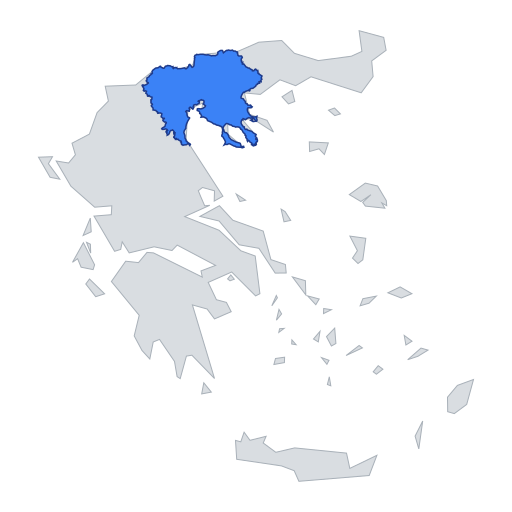 Kentrikis Makedonias, Kentriki Makedonia, Greece shown in context
{"feature_id": "26713481B13719921321351", "entity_name": "Kentrikis Makedonias", "entity_type": "district", "adm_level": 2, "iso_a3": "GRC", "parent_name": "Greece", "parent_adm1": "Kentriki Makedonia", "projection": "equal_earth", "projection_center": [23.125, 40.657], "detail": "fine", "context": "in_parent", "style": "filled", "palette": "blue", "viewbox_px": 512, "rotation_deg": 0, "n_neighbors": 0, "source": "geoboundaries", "source_scale": "gbopen_adm2", "svg_char_len": 9587}
<svg xmlns="http://www.w3.org/2000/svg" viewBox="0 0 512 512"><path d="M359.1,30.7L383.7,37.4L386.1,50.3L371.7,60.9L373.1,76.6L361.2,92.8L311.0,76.8L295.6,85.7L279.9,79.8L260.3,94.4L244.4,92.9L249.7,114.4L267.0,120.3L273.5,132.1L252.0,118.3L242.8,120.2L254.8,134.3L253.8,144.1L239.6,127.2L227.7,124.5L228.1,134.3L240.1,144.5L226.2,142.5L222.0,127.6L201.3,115.6L202.6,103.1L188.0,109.4L186.1,139.4L222.9,196.2L214.2,201.1L214.5,190.8L202.5,187.5L198.3,190.7L200.7,196.6L204.7,205.8L209.8,205.3L184.7,216.6L219.1,230.3L240.9,250.8L255.2,256.0L259.9,293.7L255.6,295.9L231.7,272.0L208.2,282.4L216.4,299.7L226.4,302.4L231.2,311.7L214.5,318.9L207.1,309.0L192.4,304.9L214.5,378.5L191.9,355.2L186.4,356.1L180.2,378.6L177.1,376.6L174.5,361.4L159.5,339.4L153.2,342.0L149.8,359.0L142.0,350.5L134.2,335.9L139.2,315.3L111.4,281.5L125.7,261.2L138.5,262.6L147.0,252.4L153.5,252.9L202.3,277.1L201.0,270.9L215.6,265.4L177.2,245.1L172.0,250.5L154.1,246.8L129.2,252.9L122.2,241.8L120.7,249.4L114.6,251.3L94.0,216.1L111.3,214.7L111.8,205.8L94.7,207.2L70.9,186.2L56.2,161.0L68.6,163.0L75.4,154.8L72.0,143.2L89.4,134.1L97.1,112.6L108.4,101.1L105.2,86.2L135.7,85.0L156.5,67.9L181.3,68.7L192.8,64.8L195.8,54.8L238.0,51.3L258.8,42.2L281.7,40.5L294.4,53.3L318.2,60.6L351.4,56.2L361.9,51.4L359.1,30.7ZM250.0,440.3L266.1,436.3L263.2,443.0L275.8,452.3L294.7,447.9L346.5,453.1L349.8,468.4L376.9,455.3L369.2,475.5L298.9,481.3L294.2,470.7L281.5,465.9L236.7,459.3L235.5,440.4L240.8,441.8L244.1,432.2L250.0,440.3ZM219.4,205.7L232.8,220.2L263.2,231.1L270.9,259.6L285.4,264.5L286.2,273.0L275.2,273.1L258.9,248.3L239.2,244.8L219.1,221.0L199.9,216.4L219.4,205.7ZM377.6,186.0L386.3,200.6L386.7,205.7L381.8,202.9L384.9,208.2L365.4,206.1L362.7,202.4L370.9,194.7L360.9,201.5L349.3,194.6L365.3,183.1L377.6,186.0ZM454.3,413.6L447.7,411.7L447.5,397.2L457.4,385.4L473.5,379.5L466.7,404.4L454.3,413.6ZM362.8,259.8L358.0,263.5L352.5,258.1L357.4,250.7L349.9,236.1L365.8,238.3L362.8,259.8ZM83.4,242.7L94.6,264.8L93.1,269.6L81.1,267.2L77.6,258.7L72.5,262.3L83.4,242.7ZM59.8,179.2L50.1,177.3L38.5,157.2L52.5,156.7L48.4,163.7L59.8,179.2ZM328.3,142.9L324.4,154.5L319.0,148.8L309.6,151.5L309.3,141.9L328.3,142.9ZM400.1,286.9L411.9,293.7L401.3,298.0L387.9,292.8L400.1,286.9ZM294.8,101.5L288.5,103.9L282.0,96.8L292.0,90.4L294.8,101.5ZM89.5,279.0L104.6,293.8L95.7,296.7L85.8,284.0L89.5,279.0ZM335.9,343.5L331.4,346.0L326.5,336.6L334.7,328.1L335.9,343.5ZM305.4,280.7L305.8,294.9L292.4,276.9L305.4,280.7ZM422.7,421.0L418.8,448.9L415.1,436.1L422.7,421.0ZM91.2,231.8L83.1,235.5L90.3,218.1L91.2,231.8ZM211.3,392.1L201.7,393.9L203.8,382.8L211.3,392.1ZM407.7,359.7L421.0,348.1L428.0,350.1L417.9,356.3L407.7,359.7ZM360.1,305.8L362.9,298.7L376.3,296.1L369.0,303.2L360.1,305.8ZM320.0,331.3L318.3,341.9L313.5,339.0L320.0,331.3ZM319.2,299.0L315.8,304.7L307.6,295.9L319.2,299.0ZM290.7,220.4L284.0,221.8L281.1,209.1L285.1,211.6L290.7,220.4ZM340.4,113.9L334.8,115.6L328.5,110.2L334.5,108.0L340.4,113.9ZM284.6,357.2L284.4,362.6L273.9,364.5L275.5,358.5L284.6,357.2ZM362.4,347.9L346.1,355.5L359.1,345.5L362.4,347.9ZM277.4,297.8L271.8,305.8L276.3,295.5L277.4,297.8ZM331.4,309.7L323.5,313.6L323.7,308.5L331.4,309.7ZM382.9,369.2L376.4,374.2L373.2,371.8L378.2,365.7L382.9,369.2ZM412.0,341.2L405.9,345.0L404.2,335.4L412.0,341.2ZM281.6,313.9L276.4,320.2L279.0,309.4L281.6,313.9ZM90.4,244.2L90.7,253.1L86.5,242.3L90.4,244.2ZM329.0,360.3L326.9,364.3L321.5,357.6L329.0,360.3ZM245.6,200.2L239.9,201.5L236.2,194.0L245.6,200.2ZM234.3,279.2L230.0,280.8L227.6,278.9L230.8,274.9L234.3,279.2ZM284.1,328.4L278.8,332.4L279.6,328.7L284.1,328.4ZM329.3,376.8L330.8,385.8L327.4,384.5L329.3,376.8ZM296.1,344.7L291.7,344.0L291.9,339.9L296.1,344.7Z" fill="#d9dde1" stroke="#a8b0b8" stroke-width="1"/><path d="M237.4,52.0L236.3,51.8L235.1,51.0L233.6,51.1L232.5,50.1L230.5,50.5L228.2,50.0L227.3,50.5L226.4,50.4L223.4,52.8L222.5,50.5L221.6,50.4L220.4,50.5L218.0,52.0L217.7,52.8L217.9,53.5L217.5,54.6L215.4,55.7L212.6,55.6L211.7,55.9L207.9,54.7L207.2,55.0L205.1,54.8L203.1,54.3L200.1,54.3L197.9,54.7L196.8,54.3L196.1,55.0L195.0,55.3L194.4,56.5L194.5,57.1L194.9,57.4L194.4,58.6L194.6,59.0L193.9,65.8L193.3,66.7L192.1,67.4L189.8,64.4L188.9,64.9L188.7,66.0L187.5,67.7L186.1,68.8L185.3,68.7L184.7,67.9L180.8,68.6L177.5,68.7L176.8,68.1L176.8,67.5L175.9,67.8L175.4,67.5L174.9,67.8L174.2,67.6L173.3,68.6L173.1,68.5L173.1,67.6L172.8,67.1L172.9,66.6L171.9,66.8L170.2,65.8L167.5,65.5L167.0,65.9L165.4,66.2L164.1,68.2L163.1,68.3L162.4,67.7L161.2,67.4L160.7,66.4L160.2,66.2L158.0,67.8L155.6,68.1L152.6,70.4L152.0,71.9L152.4,73.2L152.2,73.5L151.8,73.9L151.1,73.8L151.0,74.6L149.4,75.7L149.2,76.6L146.9,78.0L147.0,80.0L146.3,80.5L146.2,80.9L146.7,81.4L147.2,82.4L148.2,82.6L148.3,83.1L147.2,83.8L146.9,84.3L144.0,85.5L143.5,85.9L143.3,85.7L143.4,85.0L142.7,84.9L142.1,85.3L142.5,86.4L143.9,88.4L143.6,89.1L143.9,89.8L143.4,90.4L144.2,91.2L145.4,90.8L146.5,91.3L145.8,93.2L147.3,94.4L147.4,95.8L147.7,96.2L148.5,96.2L148.7,95.6L149.1,95.5L150.2,96.7L152.0,97.2L151.8,99.3L150.9,99.8L151.1,100.6L150.8,101.0L151.1,101.8L150.9,102.8L152.3,104.1L152.4,104.6L151.3,105.4L151.5,106.3L152.9,107.8L153.2,109.3L153.0,109.9L155.9,110.5L156.5,111.4L157.3,111.6L158.0,112.5L157.5,112.8L157.8,113.3L160.2,112.9L161.8,113.6L161.7,115.1L161.2,116.0L161.2,116.9L162.1,117.4L162.9,118.4L164.1,118.2L164.3,118.6L163.1,119.5L162.9,120.6L164.6,122.1L165.7,122.0L166.3,122.6L166.3,123.1L165.6,123.8L164.9,126.5L162.3,128.0L161.7,128.8L162.3,129.4L163.9,129.4L165.7,128.9L167.0,129.4L167.6,130.3L166.5,130.7L166.0,131.8L166.2,132.2L167.0,132.1L166.8,133.5L167.3,134.5L167.2,135.2L168.6,134.5L169.6,132.7L169.9,131.4L170.9,130.4L171.5,130.5L172.6,129.9L174.1,131.6L173.7,132.6L173.8,133.4L174.3,132.7L175.0,132.7L174.7,135.5L174.3,136.4L173.9,136.5L173.8,137.4L174.5,137.5L174.6,138.3L175.2,138.6L175.4,139.3L176.4,138.6L176.9,139.5L178.0,139.2L178.5,139.9L179.5,140.6L180.9,141.0L181.2,141.4L180.8,142.1L181.4,142.5L181.3,143.9L181.8,144.6L182.1,144.5L183.0,145.3L183.6,145.0L186.5,144.7L187.7,143.7L189.1,144.2L189.6,145.4L190.4,144.6L190.0,143.8L188.2,142.8L186.2,141.0L185.8,139.4L185.0,138.1L184.9,135.4L183.8,132.5L184.3,130.6L185.9,128.2L185.8,127.0L186.5,123.9L187.8,121.0L189.6,118.1L189.5,117.7L187.8,117.0L187.1,115.2L186.8,112.9L185.8,111.5L186.5,110.7L189.2,111.2L189.2,110.4L189.8,109.7L189.1,108.2L189.6,107.4L190.6,107.2L192.5,109.0L192.9,108.5L192.6,107.8L193.2,108.6L193.4,108.2L193.3,107.5L194.1,108.1L193.3,106.8L193.7,106.5L193.6,105.2L195.2,104.5L196.3,104.9L198.4,103.7L199.3,103.1L199.4,101.8L198.2,101.2L198.7,100.7L199.5,100.8L200.3,100.1L201.5,99.7L201.7,100.1L203.1,100.2L204.0,101.0L203.9,103.0L203.2,103.9L205.5,105.8L205.0,106.9L202.8,108.4L200.8,108.9L197.9,108.6L197.3,108.9L197.2,110.5L199.2,111.3L199.8,112.6L199.7,113.5L200.6,113.9L201.6,115.8L201.0,117.2L203.7,116.9L204.3,117.4L205.7,117.8L207.1,119.2L207.5,120.6L211.6,122.3L213.7,123.9L215.1,124.1L216.4,125.0L218.9,125.5L221.3,126.5L222.2,127.4L222.5,128.9L223.1,128.9L223.0,127.9L223.8,126.2L225.8,123.9L226.5,123.5L227.9,123.7L230.1,124.8L231.2,124.9L232.6,126.2L234.6,126.5L235.6,127.1L237.1,126.8L239.0,127.1L240.2,128.1L240.8,129.3L241.4,129.4L242.1,130.2L243.2,132.4L245.1,134.2L245.1,135.4L246.0,135.9L245.8,137.6L247.1,139.0L247.0,140.0L247.6,141.5L247.9,141.2L247.8,140.3L248.3,140.3L249.4,141.0L250.0,142.1L251.6,142.9L251.5,144.4L252.4,144.3L252.3,143.7L252.6,144.1L252.7,144.5L252.3,145.2L253.2,145.8L253.8,145.9L254.5,145.3L255.6,145.3L256.1,144.7L254.8,144.2L256.2,143.8L256.2,143.4L255.8,143.0L255.9,142.6L256.5,141.8L256.8,142.0L257.3,141.5L257.5,140.8L257.3,139.4L256.0,139.5L255.7,139.1L255.8,138.7L256.8,138.0L255.4,136.4L255.5,135.2L256.2,134.8L256.0,134.4L253.1,132.7L252.0,131.5L247.6,130.0L246.8,129.1L246.0,129.5L245.2,129.3L244.4,128.0L244.3,126.9L243.3,126.8L242.4,125.3L241.8,124.8L241.1,123.1L241.1,121.9L241.7,120.0L242.8,119.9L242.7,119.3L243.1,118.6L245.6,119.7L246.8,118.5L249.0,117.6L250.9,118.2L251.6,117.8L253.0,118.2L254.4,119.0L255.3,120.5L256.6,121.2L257.1,120.0L256.6,118.4L256.9,116.3L255.2,117.0L252.9,116.8L250.8,115.9L249.2,114.2L247.7,111.7L247.3,109.9L247.5,108.5L248.0,107.8L250.9,107.8L251.7,107.5L252.2,106.8L251.0,106.1L251.0,105.5L250.5,105.1L250.1,105.5L248.9,105.1L248.0,105.3L247.2,103.8L246.5,103.8L245.5,103.0L245.2,101.3L243.9,99.9L243.4,98.9L241.1,98.1L241.0,97.0L241.9,94.6L243.4,92.3L244.4,92.3L245.5,91.4L248.0,90.5L249.6,90.9L249.9,90.5L249.3,89.6L250.5,89.0L250.9,88.5L252.9,88.3L255.7,86.2L255.9,85.3L257.6,84.1L257.5,83.5L259.5,83.2L259.0,81.8L260.0,81.5L261.0,82.0L261.2,81.6L260.7,80.6L261.9,79.2L261.2,78.0L262.0,76.0L259.2,74.2L259.0,73.7L258.7,73.7L258.6,73.2L258.0,73.2L257.8,71.9L258.0,71.5L257.8,70.6L257.5,70.8L256.6,70.0L256.2,70.0L255.7,69.1L254.7,69.5L253.8,70.8L252.4,70.8L252.3,70.1L251.7,69.5L250.8,69.4L249.2,68.0L248.3,68.1L246.9,67.2L246.2,67.1L243.7,63.9L243.0,64.2L242.3,64.0L242.3,63.0L242.7,62.3L241.9,62.3L241.4,61.8L241.7,61.0L241.1,60.1L241.5,58.3L242.3,57.7L242.0,56.7L241.5,56.0L238.9,56.0L237.9,55.4L237.8,54.0L237.4,53.4L237.6,52.7L237.4,52.0ZM225.2,132.6L224.2,131.7L223.8,129.9L223.1,128.9L222.5,129.0L222.7,130.1L222.3,132.5L222.5,133.5L221.8,135.2L221.9,136.3L223.3,137.3L223.6,138.3L224.4,139.4L225.5,141.9L225.2,143.0L224.2,144.9L225.4,144.3L227.1,144.5L228.6,143.8L229.7,143.8L234.1,146.1L235.4,146.3L236.1,147.0L240.7,147.3L242.2,147.8L243.9,147.3L243.6,146.3L242.0,146.6L241.1,146.2L240.3,143.5L239.8,143.1L236.2,142.1L231.1,139.6L229.1,137.3L228.3,135.1L227.3,133.6L226.3,132.7L225.2,132.6ZM252.6,121.0L252.6,120.1L252.2,119.4L250.6,120.2L253.1,121.6L253.8,121.5L252.6,121.0Z" fill="#3b82f6" stroke="#1e3a8a" stroke-width="1.5"/></svg>